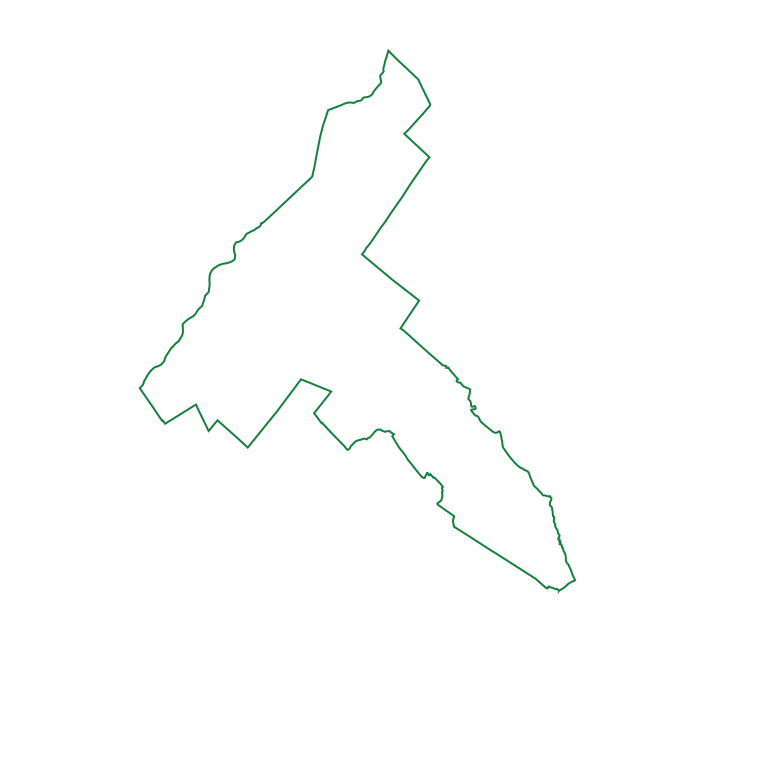 Filipestii De Targ, Prahova, Romania (Robinson projection), rotated 235°
{"feature_id": "2599482B69581696134481", "entity_name": "Filipestii De Targ", "entity_type": "district", "adm_level": 2, "iso_a3": "ROU", "parent_name": "Romania", "parent_adm1": "Prahova", "projection": "robinson", "projection_center": [25.752, 44.957], "detail": "fine", "context": "isolated", "style": "outline", "palette": "green", "viewbox_px": 768, "rotation_deg": 235, "n_neighbors": 0, "source": "geoboundaries", "source_scale": "gbopen_adm2", "svg_char_len": 6130}
<svg xmlns="http://www.w3.org/2000/svg" viewBox="0 0 768 768"><g transform="rotate(235 384 384)"><path d="M654.5,578.7L650.4,573.7L649.3,572.1L647.1,569.3L645.7,567.9L643.4,565.1L642.3,564.0L640.7,563.3L640.1,562.6L639.5,561.0L639.1,558.3L638.2,557.3L633.3,555.1L632.4,554.2L631.9,553.1L631.3,549.6L630.5,546.6L629.4,543.2L628.8,541.7L628.1,540.6L627.9,539.0L627.9,537.3L628.3,535.6L630.3,531.7L630.4,530.6L629.8,529.6L629.5,528.3L629.5,527.4L630.8,524.9L631.2,523.5L631.3,521.6L631.7,520.3L632.9,519.1L633.9,517.9L635.6,514.9L636.3,512.6L636.8,509.6L640.4,495.3L630.6,482.2L623.5,473.9L607.8,457.6L601.9,451.7L595.0,444.1L586.6,386.0L585.5,377.3L586.1,375.5L585.8,374.9L584.9,374.4L584.6,373.6L584.3,372.3L584.3,371.2L584.8,369.0L584.5,366.5L585.2,362.4L585.3,360.5L585.7,358.4L585.7,357.0L585.3,356.1L583.9,353.0L583.5,350.8L583.4,349.7L583.5,347.9L583.8,346.4L584.5,344.9L584.8,343.8L583.1,340.4L581.9,339.3L579.8,337.8L577.5,336.8L576.4,336.6L574.8,336.0L572.7,334.2L572.1,333.4L571.8,332.5L571.6,331.2L571.7,329.6L572.3,326.7L573.2,324.3L574.8,321.2L576.0,317.2L576.2,315.4L576.3,310.5L575.9,308.6L574.8,306.0L573.6,304.1L569.2,300.5L566.7,299.1L564.7,297.6L559.9,293.1L558.9,288.1L555.4,284.2L554.3,282.3L552.2,279.8L551.9,276.4L551.3,273.7L550.3,271.6L549.3,269.0L549.0,266.9L549.4,261.7L549.2,257.8L548.8,254.8L548.1,253.1L543.1,250.0L541.0,248.3L539.4,246.2L538.0,242.9L536.8,240.3L536.7,237.0L535.7,232.0L535.5,230.0L535.0,229.2L531.5,220.6L530.3,219.0L529.1,217.6L528.4,215.9L527.7,212.1L528.4,208.5L529.2,205.8L529.1,204.2L528.8,201.6L528.2,199.0L527.2,196.2L523.7,188.8L522.5,187.4L521.7,186.1L520.8,182.6L520.7,181.5L495.7,181.4L489.8,181.2L481.0,181.2L481.0,181.8L477.0,181.9L475.0,218.2L474.0,218.1L470.9,217.4L466.7,216.7L454.6,214.8L451.4,214.2L446.1,213.4L446.3,214.2L446.4,214.9L448.1,220.6L449.7,226.8L421.8,233.4L410.1,235.9L415.1,253.4L418.3,264.3L423.0,280.9L435.4,318.7L425.8,325.0L408.2,336.4L406.5,331.4L402.2,316.9L400.2,310.0L387.6,310.4L387.7,311.0L375.9,312.6L355.7,315.9L352.6,316.0L351.1,316.2L350.8,317.1L350.8,318.5L351.3,319.8L352.1,321.1L353.3,327.5L353.2,328.3L352.6,330.8L351.8,332.7L350.5,336.7L350.0,337.2L348.8,337.7L348.5,338.1L348.9,339.8L348.4,341.4L348.4,342.2L349.0,344.5L349.4,346.6L350.3,349.2L350.4,351.6L350.3,352.3L349.9,353.3L349.1,354.0L348.5,355.3L348.0,355.5L347.1,355.5L346.4,355.8L345.8,356.4L344.5,357.2L344.3,357.4L344.0,358.6L342.9,360.3L342.6,361.3L339.1,362.4L338.3,362.8L337.2,363.4L336.5,360.8L324.6,360.0L321.9,360.0L318.1,360.3L312.9,360.5L308.2,360.1L302.5,360.6L298.9,360.7L286.2,361.6L285.7,362.1L284.2,362.7L283.9,363.0L283.8,363.3L283.9,363.7L284.5,364.5L285.1,365.9L286.3,367.7L286.4,368.5L285.9,368.7L284.4,368.4L283.4,368.5L283.2,369.2L283.6,370.3L279.0,370.7L278.9,371.3L278.1,371.7L269.5,373.1L267.5,373.0L266.1,373.4L265.8,372.5L265.5,371.8L265.3,371.6L264.3,371.4L263.7,371.0L262.9,370.8L262.4,370.5L262.3,369.7L262.1,369.4L261.6,369.1L260.6,368.8L260.2,368.6L258.2,367.1L257.3,365.8L255.9,364.5L255.7,364.0L255.9,363.4L255.6,362.9L255.6,362.6L255.6,359.5L255.5,359.2L255.3,359.0L254.4,358.8L236.1,365.4L235.4,365.5L234.8,365.1L234.2,363.7L233.2,363.0L232.4,361.9L228.7,360.3L227.1,359.4L213.1,365.3L188.5,375.3L184.4,377.0L183.3,377.6L138.1,396.2L137.0,396.6L131.6,397.9L123.7,399.8L122.8,400.7L123.1,401.6L123.5,401.9L123.7,402.3L123.6,402.9L123.3,403.2L121.0,404.5L120.2,405.4L118.5,406.2L116.7,407.8L117.7,408.0L115.9,408.4L114.4,409.2L114.2,409.0L114.3,409.4L114.1,410.6L113.9,414.8L114.0,416.1L114.3,417.4L114.3,418.1L114.3,418.6L114.6,420.5L114.4,424.2L114.2,425.2L113.5,427.3L113.6,427.7L114.1,428.1L115.3,428.4L118.9,428.8L123.2,430.1L125.5,430.6L127.3,430.8L129.3,431.4L130.5,431.4L131.9,431.2L133.1,431.2L135.2,431.8L137.0,433.1L141.0,435.1L143.4,435.2L144.1,435.3L145.2,435.7L146.3,436.2L147.4,436.5L148.1,436.0L148.9,436.8L150.6,437.1L151.0,437.0L151.7,436.1L152.1,436.0L152.5,436.4L152.7,437.3L152.9,437.8L153.1,437.9L153.3,437.9L154.2,437.2L154.6,437.3L154.8,437.5L154.9,437.8L155.1,438.5L155.6,438.6L156.4,437.9L156.6,437.8L157.0,437.8L157.9,438.6L157.8,439.1L158.7,440.2L158.9,440.6L159.5,441.0L161.2,440.9L162.3,441.2L164.8,442.2L167.0,442.2L169.7,442.8L170.1,443.0L170.5,443.6L170.7,443.8L172.5,443.8L174.6,444.6L175.4,445.5L176.3,446.0L177.1,447.0L177.6,447.1L178.5,446.7L179.1,446.8L180.6,447.7L183.2,449.2L184.1,449.4L185.8,450.5L187.5,450.7L189.6,450.4L190.6,451.0L191.4,451.6L192.2,452.8L193.6,455.0L194.1,455.5L194.9,455.7L195.8,455.5L196.4,455.5L196.7,455.6L197.0,455.5L197.3,454.4L200.8,451.5L201.3,450.7L201.7,450.5L202.7,450.3L204.6,450.3L206.7,449.8L209.3,449.6L213.9,448.6L214.9,448.5L224.3,450.5L227.8,451.6L229.2,451.7L231.0,451.1L233.0,449.8L235.2,448.9L237.9,447.5L239.2,447.0L243.7,446.0L250.8,445.3L254.9,445.1L263.2,445.1L264.9,445.5L269.1,447.8L271.6,448.7L272.5,449.3L274.2,450.1L275.4,450.5L277.2,451.2L279.0,451.5L279.2,451.2L279.4,450.3L279.3,449.2L279.5,448.4L279.8,447.7L280.3,447.1L281.0,446.5L282.9,445.6L286.8,444.6L291.7,443.1L297.5,441.7L300.0,441.9L302.8,442.4L303.4,442.4L304.4,442.0L305.5,440.9L306.8,440.5L311.8,440.3L312.7,440.4L312.8,440.9L312.2,442.3L311.4,443.8L311.2,444.4L311.3,444.9L311.7,445.2L313.3,445.8L313.7,445.8L313.9,445.6L314.6,443.5L315.0,443.0L315.4,442.7L315.9,442.8L318.0,444.0L319.1,444.5L321.1,444.8L323.4,444.5L323.9,444.8L325.7,447.2L327.3,449.0L328.3,449.8L329.6,451.1L330.0,451.4L330.5,451.4L336.5,447.8L338.5,447.5L340.4,447.5L341.4,447.3L341.6,446.7L342.8,445.8L343.9,445.2L345.3,444.8L345.1,444.9L345.2,445.5L345.4,446.0L345.5,447.3L356.2,446.2L360.5,446.0L360.5,445.7L360.9,445.0L361.6,444.2L362.9,445.3L363.3,444.9L364.3,444.0L366.0,442.8L367.2,442.4L369.4,442.0L382.4,438.7L401.8,434.2L411.4,432.0L415.6,431.0L420.1,429.4L432.2,460.6L465.8,450.3L502.8,440.3L503.4,442.2L503.7,443.4L505.0,446.5L505.6,447.5L505.9,449.0L506.6,451.1L506.9,452.7L514.2,471.8L515.5,476.1L519.3,486.1L519.4,486.3L519.6,486.5L527.1,507.1L532.1,519.1L542.1,545.8L543.5,550.5L543.6,551.3L577.3,544.1L578.0,548.3L578.5,551.0L583.5,573.0L584.3,575.7L585.6,581.3L586.7,582.3L613.3,586.6L613.5,586.8L630.1,583.5L639.8,581.3L654.5,578.7Z" fill="none" stroke="#15803d" stroke-width="2"/></g></svg>